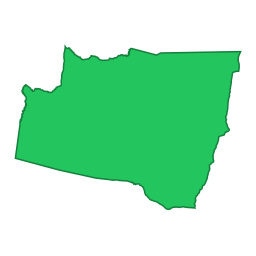 Yaví, Jujuy, Argentina (Natural Earth projection)
{"feature_id": "61730980B17407958230561", "entity_name": "Yaví", "entity_type": "district", "adm_level": 2, "iso_a3": "ARG", "parent_name": "Argentina", "parent_adm1": "Jujuy", "projection": "natural_earth1", "projection_center": [-65.741, -22.313], "detail": "fine", "context": "isolated", "style": "filled", "palette": "green", "viewbox_px": 256, "rotation_deg": 0, "n_neighbors": 0, "source": "geoboundaries", "source_scale": "gbopen_adm2", "svg_char_len": 5545}
<svg xmlns="http://www.w3.org/2000/svg" viewBox="0 0 256 256"><path d="M194.9,208.0L194.7,207.5L195.1,205.7L195.0,205.1L194.4,204.2L195.7,200.9L195.8,200.0L195.3,199.0L195.8,197.1L196.5,195.8L197.4,195.3L197.7,194.7L198.0,193.7L198.7,193.3L199.2,192.7L199.6,191.5L199.8,190.4L200.0,189.8L200.3,189.6L201.4,189.4L202.1,188.1L202.4,186.6L202.7,185.8L204.1,185.0L204.8,184.0L205.6,182.1L205.9,181.7L207.1,178.5L207.3,177.7L207.4,176.4L208.0,174.6L208.2,173.1L208.4,172.4L209.3,170.6L209.7,169.1L209.7,167.8L209.4,166.8L209.7,164.9L210.1,164.3L211.0,163.9L211.6,163.0L213.4,162.0L213.6,161.3L213.6,160.6L213.1,158.8L213.1,156.5L212.9,155.9L213.0,155.3L214.4,150.2L216.0,147.6L216.1,147.2L216.2,145.6L216.8,144.4L217.3,143.8L218.4,140.1L218.8,136.8L219.5,136.3L224.1,135.0L225.1,132.7L225.6,132.2L226.5,132.1L227.4,131.5L228.3,131.2L229.0,130.6L229.3,129.5L227.6,127.2L227.2,124.9L226.3,123.2L225.9,121.7L225.8,120.9L226.1,120.6L226.5,119.6L226.2,119.1L225.6,116.8L225.7,116.5L226.4,115.6L226.6,114.9L227.3,110.5L227.6,109.5L228.0,102.7L228.4,100.5L228.3,99.7L229.5,96.2L229.5,94.6L229.4,93.9L229.5,93.3L230.1,92.3L230.1,91.6L229.9,91.3L229.9,90.0L230.2,89.4L230.5,86.9L230.8,85.6L230.9,84.4L231.2,83.0L231.3,80.6L232.5,73.5L232.8,72.5L234.4,71.8L235.0,71.8L235.6,71.5L237.3,71.2L238.1,71.4L238.7,71.2L239.2,67.2L239.1,64.4L238.8,62.7L238.5,62.1L238.2,60.8L238.2,58.2L238.5,56.6L238.7,55.9L240.6,51.6L160.6,53.0L156.6,55.1L131.5,48.5L130.8,48.6L130.6,48.9L130.4,48.9L130.3,49.3L130.1,49.3L129.8,49.6L130.0,50.1L129.5,50.0L129.7,50.4L129.3,51.0L129.3,51.4L128.9,51.4L128.8,51.7L129.3,52.6L128.9,52.8L128.6,52.7L128.6,52.9L128.8,52.9L128.9,53.1L128.5,53.0L128.4,53.5L128.5,53.8L128.7,53.6L128.7,53.3L129.0,53.6L129.1,53.8L128.9,54.0L129.1,54.2L129.1,54.5L128.6,55.0L128.3,54.8L128.1,55.2L128.4,55.5L128.0,55.8L127.4,55.7L127.2,56.1L126.6,56.2L126.6,55.7L126.2,55.7L126.1,55.2L125.4,55.4L125.0,55.3L124.9,55.6L123.9,55.3L123.3,55.8L122.9,55.4L122.6,54.9L122.2,54.7L121.4,55.1L120.6,55.0L120.3,55.7L120.0,55.8L119.2,55.5L118.5,55.6L117.6,56.6L116.2,57.8L114.7,57.8L114.1,58.0L113.8,58.4L113.1,58.9L112.2,58.5L111.0,58.6L109.7,58.3L109.4,58.6L109.0,59.7L108.5,60.0L106.8,60.3L104.7,60.2L103.0,60.4L101.7,60.2L99.7,59.7L99.0,59.1L98.0,57.7L97.3,57.2L95.9,56.8L95.1,56.3L94.5,56.1L93.2,56.3L91.7,55.7L91.1,55.8L91.0,56.0L91.1,56.5L90.9,56.9L90.5,57.3L89.6,57.6L88.9,58.9L87.4,58.9L85.9,59.4L85.1,59.3L83.1,59.7L82.5,59.7L81.8,59.0L81.5,59.0L80.9,58.6L80.9,58.3L80.5,58.0L80.2,57.4L80.0,57.1L79.3,57.3L78.8,56.9L78.4,56.9L77.8,56.2L77.2,56.2L76.8,55.9L76.1,55.2L75.6,55.1L75.4,54.9L75.2,54.9L75.1,54.6L74.6,54.4L74.6,54.1L74.2,53.9L74.0,53.6L74.1,53.2L73.7,52.6L73.3,52.2L72.8,52.3L72.7,52.1L72.5,51.9L72.0,51.5L71.8,50.5L71.4,50.2L71.2,50.5L70.9,50.3L70.7,49.9L70.4,49.6L70.1,49.0L69.5,48.5L69.6,48.2L69.4,48.1L69.0,48.1L68.7,47.9L67.8,48.4L67.3,48.4L66.4,48.2L65.2,46.6L65.2,48.1L64.9,49.5L64.7,51.1L64.1,53.0L63.9,57.8L64.2,59.2L64.4,61.2L64.0,62.7L63.8,64.2L63.5,67.2L63.5,69.4L63.0,71.3L62.2,72.7L61.7,75.3L61.8,77.5L61.2,80.8L61.2,82.5L61.4,83.5L61.2,85.2L60.6,86.0L59.4,86.1L58.5,86.5L57.9,86.6L57.1,87.2L56.4,87.3L56.3,87.5L56.3,87.9L56.0,88.1L55.6,89.2L55.2,89.4L54.6,89.3L54.6,89.7L54.2,90.0L54.1,90.3L53.8,90.6L52.9,91.0L52.1,92.2L51.2,92.5L50.1,92.3L49.1,92.5L48.6,92.0L48.1,92.1L47.9,91.6L47.5,91.6L47.0,91.3L46.6,91.5L46.0,91.4L45.1,91.4L43.7,91.0L42.6,90.0L41.5,90.0L40.6,89.7L40.0,88.9L39.2,89.0L38.5,88.6L37.7,88.7L37.1,89.0L36.4,88.9L36.0,88.5L35.2,88.6L34.9,89.5L34.4,90.0L34.3,90.8L33.9,91.0L33.1,91.0L32.9,91.3L32.7,91.3L32.5,91.1L32.4,90.3L32.0,90.6L31.8,90.4L31.6,89.8L30.9,89.3L30.7,88.7L29.8,87.6L28.4,86.8L26.4,85.1L25.8,84.8L25.4,85.0L25.0,85.4L25.3,86.0L25.2,86.3L24.8,86.4L24.2,86.2L24.1,86.6L23.7,86.9L22.9,88.1L23.3,88.4L23.3,88.8L22.4,90.0L22.2,90.3L22.4,90.4L22.4,90.9L22.1,91.1L22.3,91.3L22.7,91.3L22.8,91.6L22.9,91.9L22.6,92.3L23.2,92.4L23.3,92.6L23.2,92.9L22.9,92.9L23.0,93.5L23.6,93.5L23.9,94.5L24.6,94.6L24.7,95.5L25.5,96.3L26.2,97.5L26.3,99.1L25.9,99.7L25.7,100.5L25.1,100.9L25.1,101.5L25.5,101.8L25.6,102.0L25.4,102.6L26.0,103.5L25.7,104.4L25.9,104.6L26.3,104.5L26.2,105.1L26.3,105.5L26.1,105.6L25.7,105.5L25.4,105.8L25.5,107.4L25.2,107.6L24.6,107.5L24.1,108.4L24.7,109.2L24.5,109.8L24.7,110.1L24.6,110.3L24.2,110.6L23.9,110.3L23.3,110.2L23.1,110.6L23.5,111.0L23.4,111.4L23.2,111.5L22.9,111.1L22.6,111.2L22.6,111.5L23.0,111.8L23.0,112.5L23.2,112.8L23.1,113.5L22.2,113.8L22.2,114.4L21.9,114.5L22.1,115.1L22.1,115.4L22.3,116.1L22.5,116.2L22.5,116.5L22.3,116.6L22.2,116.8L21.7,116.6L21.6,116.8L21.8,117.6L21.4,118.0L21.6,119.0L20.9,119.2L21.2,119.9L20.8,119.9L20.6,120.4L20.3,120.4L20.8,121.1L20.4,121.5L20.4,121.8L20.0,122.0L19.8,122.4L20.1,123.8L15.4,158.3L59.8,170.2L96.0,178.1L109.3,179.6L113.0,180.2L116.8,179.9L119.5,180.5L126.1,180.9L126.5,180.7L130.6,182.1L131.3,182.0L131.6,182.4L131.9,182.1L132.5,182.7L132.9,182.5L133.1,182.7L133.0,183.0L133.4,183.4L133.7,184.1L133.9,184.1L134.0,183.6L134.5,183.9L134.9,183.8L135.1,184.3L135.4,184.5L136.1,184.0L137.0,184.2L137.7,183.8L138.9,183.9L139.3,184.1L140.0,185.3L140.3,185.4L140.8,185.4L141.6,185.9L142.8,187.0L143.2,187.6L143.7,188.6L144.5,191.0L144.7,192.6L145.5,194.6L146.0,195.3L147.4,196.2L147.9,197.1L150.1,199.5L151.0,200.0L157.2,202.0L160.0,204.1L162.3,205.2L163.3,206.0L165.0,207.6L165.7,208.4L166.3,208.8L167.3,209.2L168.5,209.2L169.3,209.4L172.5,207.4L175.0,207.1L177.4,207.1L179.6,207.4L180.7,207.1L182.1,207.0L183.7,206.7L184.8,207.1L187.7,207.5L189.0,207.4L189.8,207.7L190.9,207.6L194.9,208.0Z" fill="#22c55e" stroke="#15803d" stroke-width="1.5"/></svg>